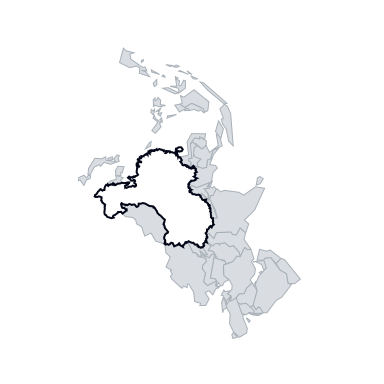 Asia, with China highlighted, rotated 215°
{"feature_id": "CHN", "entity_name": "China", "entity_type": "country or territory", "adm_level": 0, "iso_a3": "CHN", "parent_name": "Asia", "parent_adm1": "", "projection": "albers", "projection_center": [106.815, 35.887], "detail": "fine", "context": "in_parent", "style": "outline", "palette": "ink", "viewbox_px": 384, "rotation_deg": 215, "n_neighbors": 45, "source": "natural_earth", "source_scale": "50m", "svg_char_len": 17940}
<svg xmlns="http://www.w3.org/2000/svg" viewBox="0 0 384 384"><g transform="rotate(215 192 192)"><path d="M184.3,133.6L181.0,135.1L179.1,138.7L175.7,137.0L173.2,141.5L168.2,141.9L168.6,147.0L166.9,148.9L156.2,142.9L154.2,144.5L150.1,142.5L143.2,145.9L140.2,143.1L141.1,138.0L139.7,135.2L134.4,133.4L130.9,125.2L125.8,124.3L120.9,133.2L119.0,128.9L115.5,128.6L117.0,126.2L116.0,119.7L121.4,120.9L123.6,117.1L116.7,114.3L115.7,107.0L120.5,103.5L121.1,105.8L127.0,103.8L133.0,110.7L141.9,114.9L142.9,113.9L141.2,111.0L145.1,109.9L144.8,107.7L145.8,107.3L158.8,109.1L161.4,110.7L160.9,113.4L164.5,114.9L163.9,116.3L170.2,115.6L172.6,126.3L178.4,127.2L184.3,133.6Z" fill="#d9dde1" stroke="#a8b0b8" stroke-width="1"/><path d="M120.9,133.2L125.8,124.3L130.9,125.2L134.4,133.4L139.7,135.2L141.1,138.0L140.2,143.1L142.5,145.6L149.2,143.5L147.5,145.0L151.8,148.5L148.7,149.6L146.5,148.5L147.4,146.6L144.6,146.3L141.9,148.8L140.3,148.0L140.2,152.2L138.0,154.4L127.5,132.2L122.9,134.3L120.9,133.2Z" fill="#d9dde1" stroke="#a8b0b8" stroke-width="1"/><path d="M325.6,256.5L330.7,270.5L327.3,269.8L319.5,272.7L322.0,269.3L318.4,265.8L304.0,265.7L302.2,267.5L298.4,265.4L303.2,262.7L298.8,263.9L292.8,262.2L303.2,259.1L305.8,263.3L309.4,263.7L314.3,258.1L325.6,256.5ZM279.0,283.9L277.8,286.9L274.6,287.7L276.0,285.3L279.0,283.9ZM307.7,272.6L307.0,271.1L307.7,269.2L308.9,270.7L307.7,272.6ZM252.4,256.9L250.9,259.3L256.7,264.3L253.0,265.0L249.0,276.9L229.9,275.6L225.7,267.7L227.8,263.8L230.5,266.7L240.6,265.1L243.1,264.4L246.3,257.1L252.4,256.9ZM286.0,269.7L293.8,267.2L295.4,268.7L286.0,269.7ZM282.9,271.3L280.7,271.3L279.9,270.5L283.0,269.7L282.9,271.3ZM283.3,256.7L286.1,258.7L285.4,263.9L282.3,259.8L283.3,256.7ZM262.3,262.6L275.5,260.2L271.3,263.8L260.5,265.5L260.3,267.3L263.4,269.0L270.6,266.0L265.3,269.9L271.8,277.0L268.8,277.3L270.1,275.2L266.2,276.1L263.9,271.8L261.9,272.8L263.1,278.7L261.1,279.3L257.0,273.2L259.4,265.8L262.3,262.6ZM265.6,288.5L259.5,288.3L262.5,287.5L265.6,288.5ZM262.5,286.3L269.2,284.6L272.0,283.3L271.7,284.6L262.5,286.3ZM255.6,285.5L259.8,286.4L252.0,288.0L255.6,285.5ZM216.5,282.6L238.0,284.4L248.4,286.9L244.7,288.0L214.3,284.7L216.5,282.6ZM208.4,270.3L216.8,276.0L215.8,282.5L212.2,282.5L205.4,278.5L184.7,253.4L191.2,254.7L200.1,263.2L205.7,265.2L209.8,268.4L208.4,270.3Z" fill="#d9dde1" stroke="#a8b0b8" stroke-width="1"/><path d="M279.6,284.9L282.0,282.3L286.5,281.3L279.6,284.9Z" fill="#d9dde1" stroke="#a8b0b8" stroke-width="1"/><path d="M73.0,127.0L69.0,128.7L64.6,133.5L66.6,129.0L71.5,126.3L73.0,127.0Z" fill="#d9dde1" stroke="#a8b0b8" stroke-width="1"/><path d="M76.1,126.2L71.5,126.3L76.5,125.1L76.1,126.2Z" fill="#d9dde1" stroke="#a8b0b8" stroke-width="1"/><path d="M71.0,128.4L68.0,129.7L70.6,127.6L71.0,128.4Z" fill="#d9dde1" stroke="#a8b0b8" stroke-width="1"/><path d="M71.0,128.4L78.3,131.0L76.9,134.2L71.9,132.5L71.9,136.1L66.1,135.9L64.6,133.5L71.0,128.4Z" fill="#d9dde1" stroke="#a8b0b8" stroke-width="1"/><path d="M88.4,169.1L93.4,172.5L100.4,171.4L93.3,177.6L87.5,172.5L88.4,169.1Z" fill="#d9dde1" stroke="#a8b0b8" stroke-width="1"/><path d="M87.5,166.9L88.4,165.1L90.5,164.3L89.8,166.8L87.5,166.9Z" fill="#d9dde1" stroke="#a8b0b8" stroke-width="1"/><path d="M88.4,150.0L88.3,154.9L85.5,151.2L88.4,150.0Z" fill="#d9dde1" stroke="#a8b0b8" stroke-width="1"/><path d="M76.9,134.2L78.3,131.0L84.0,131.8L87.8,127.9L92.1,127.5L95.1,130.5L95.0,135.6L91.1,138.6L92.2,144.5L90.7,152.0L82.0,148.5L76.9,134.2Z" fill="#d9dde1" stroke="#a8b0b8" stroke-width="1"/><path d="M94.1,177.3L99.6,173.5L103.8,183.8L96.7,186.4L94.8,189.3L81.1,188.6L81.9,181.7L90.0,183.4L94.1,179.6L94.1,177.3ZM101.7,170.3L100.4,170.4L101.5,169.9L101.7,170.3Z" fill="#d9dde1" stroke="#a8b0b8" stroke-width="1"/><path d="M207.1,238.1L208.5,232.8L216.9,233.9L218.2,232.1L221.3,234.8L220.9,238.0L216.2,239.9L217.4,241.5L209.6,242.2L207.1,238.1Z" fill="#d9dde1" stroke="#a8b0b8" stroke-width="1"/><path d="M214.6,232.9L208.5,232.8L207.1,238.1L200.4,234.5L197.1,245.1L205.2,253.2L202.2,254.4L193.8,247.1L198.7,238.4L195.5,229.7L197.6,227.0L194.1,220.7L196.7,217.5L201.7,216.0L204.5,218.7L203.7,223.9L209.5,222.0L213.4,224.5L215.7,229.5L214.6,232.9Z" fill="#d9dde1" stroke="#a8b0b8" stroke-width="1"/><path d="M220.6,233.1L214.6,232.9L215.7,229.5L211.4,222.3L203.7,223.9L204.5,218.7L201.7,216.0L206.1,214.2L205.9,211.1L209.7,215.4L212.9,215.6L213.8,217.9L211.4,219.5L220.4,228.6L220.6,233.1Z" fill="#d9dde1" stroke="#a8b0b8" stroke-width="1"/><path d="M201.7,216.0L196.7,217.5L194.1,220.7L197.6,227.0L195.5,229.7L198.7,238.4L195.3,243.2L195.9,235.0L193.1,224.6L188.0,227.3L184.9,226.1L186.0,220.4L181.9,211.0L190.7,198.1L195.7,197.2L196.5,194.0L199.5,196.4L196.0,206.0L198.7,205.8L200.7,209.0L199.7,211.2L204.6,212.3L201.7,216.0Z" fill="#d9dde1" stroke="#a8b0b8" stroke-width="1"/><path d="M211.9,242.7L217.4,241.5L216.2,239.9L220.9,238.0L221.1,230.5L211.4,219.5L213.8,217.9L212.9,215.6L209.7,215.4L207.2,210.7L215.3,208.6L222.2,213.5L216.0,220.2L224.7,230.2L225.8,239.6L214.2,247.5L211.9,242.7Z" fill="#d9dde1" stroke="#a8b0b8" stroke-width="1"/><path d="M265.9,150.1L265.0,154.7L261.4,158.7L263.6,162.2L256.5,164.3L257.2,160.6L254.7,159.5L256.0,157.4L258.9,153.4L261.7,153.8L261.1,152.4L264.3,148.9L265.9,150.1Z" fill="#d9dde1" stroke="#a8b0b8" stroke-width="1"/><path d="M259.7,164.7L263.7,161.5L267.1,165.9L267.4,170.7L262.2,173.8L260.2,167.6L261.6,166.8L259.7,164.7Z" fill="#d9dde1" stroke="#a8b0b8" stroke-width="1"/><path d="M185.0,133.5L193.5,130.9L202.0,134.8L205.4,128.8L213.5,134.6L219.2,134.1L222.0,136.8L226.0,137.1L232.4,133.7L236.6,134.3L235.4,140.3L239.6,139.0L243.0,141.4L231.8,148.7L228.7,148.0L227.8,149.9L228.8,151.8L226.1,154.3L215.3,157.9L207.2,154.7L198.4,153.8L196.8,149.4L188.9,145.4L189.7,141.0L185.0,133.5Z" fill="#d9dde1" stroke="#a8b0b8" stroke-width="1"/><path d="M196.5,194.0L195.7,197.2L190.7,198.1L183.1,209.6L182.4,205.1L181.0,206.7L179.9,205.1L183.5,201.6L177.6,199.8L174.9,196.1L173.7,197.7L175.2,199.5L172.8,201.1L174.2,202.1L173.4,209.0L168.5,208.6L166.5,211.9L153.3,218.7L147.9,219.1L142.9,232.7L134.7,236.7L130.4,213.5L132.9,199.1L127.2,198.4L124.6,189.2L131.9,190.1L131.0,182.1L134.5,180.4L137.0,181.5L148.6,172.8L147.2,166.3L154.1,167.5L156.8,165.9L158.1,169.7L155.6,177.1L159.9,182.1L156.6,185.2L163.0,191.0L173.7,195.9L176.1,191.7L175.9,194.4L177.9,195.8L183.4,196.4L183.0,193.7L194.0,190.5L194.0,193.4L196.5,194.0Z" fill="#d9dde1" stroke="#a8b0b8" stroke-width="1"/><path d="M182.4,205.1L181.8,213.2L180.2,207.2L177.9,206.7L176.9,209.2L173.9,208.1L172.8,201.1L175.2,199.5L173.7,197.7L174.9,196.1L177.6,199.8L183.5,201.6L179.9,205.1L181.0,206.7L182.4,205.1Z" fill="#d9dde1" stroke="#a8b0b8" stroke-width="1"/><path d="M183.0,193.7L183.4,196.4L175.9,194.4L179.3,191.7L183.0,193.7Z" fill="#d9dde1" stroke="#a8b0b8" stroke-width="1"/><path d="M174.6,192.0L173.7,195.9L171.7,195.6L156.6,185.2L161.0,181.7L169.4,190.0L174.6,192.0Z" fill="#d9dde1" stroke="#a8b0b8" stroke-width="1"/><path d="M156.8,165.9L154.1,167.5L147.2,166.3L148.6,172.8L137.0,181.5L134.5,180.4L131.0,182.1L131.9,190.1L124.6,189.2L122.3,183.1L111.0,178.9L113.2,176.5L117.0,176.7L115.4,166.5L118.4,169.5L127.1,171.7L129.9,168.6L135.6,169.2L145.4,159.1L152.6,159.8L153.7,163.8L156.8,165.9Z" fill="#d9dde1" stroke="#a8b0b8" stroke-width="1"/><path d="M131.9,151.9L140.7,155.4L145.2,153.2L145.6,158.5L149.1,157.6L152.6,159.8L143.8,159.8L143.6,162.5L140.9,165.0L139.0,164.2L139.2,166.2L135.6,169.2L129.9,168.6L127.1,171.7L118.4,169.5L115.4,166.5L118.4,165.2L118.6,158.3L123.3,152.3L126.5,154.6L131.9,151.9Z" fill="#d9dde1" stroke="#a8b0b8" stroke-width="1"/><path d="M138.0,154.4L140.2,152.2L140.3,148.0L147.4,146.6L147.3,148.8L143.7,149.5L151.7,152.7L152.5,158.9L145.6,158.5L145.2,153.2L140.7,155.4L138.0,154.4Z" fill="#d9dde1" stroke="#a8b0b8" stroke-width="1"/><path d="M149.2,143.5L154.2,144.5L156.2,142.9L166.9,148.9L151.7,152.7L143.7,149.5L144.4,148.1L151.8,148.5L147.5,145.0L149.2,143.5Z" fill="#d9dde1" stroke="#a8b0b8" stroke-width="1"/><path d="M115.5,128.6L119.0,128.9L119.9,132.9L122.9,134.3L127.5,132.2L136.4,151.2L135.7,152.7L134.5,151.3L124.8,154.2L123.3,152.3L124.2,150.1L119.0,142.6L111.5,141.1L113.9,136.8L113.3,133.0L114.9,131.2L118.2,132.9L118.1,129.0L115.1,130.5L115.5,128.6Z" fill="#d9dde1" stroke="#a8b0b8" stroke-width="1"/><path d="M90.7,152.0L92.2,144.5L91.1,138.6L95.0,135.6L95.5,128.0L97.7,124.6L100.0,128.6L104.6,128.9L103.5,134.9L105.4,138.4L111.0,141.5L117.8,141.7L124.2,150.1L118.6,158.3L118.4,165.2L115.4,166.5L117.0,176.7L113.2,176.5L111.0,178.9L102.9,172.7L103.6,169.2L96.0,165.5L93.5,160.5L94.0,153.4L90.7,152.0Z" fill="#d9dde1" stroke="#a8b0b8" stroke-width="1"/><path d="M71.8,128.0L76.1,126.2L77.1,122.6L81.0,120.8L91.1,127.3L87.8,127.9L84.0,131.8L73.0,130.5L71.8,128.0Z" fill="#d9dde1" stroke="#a8b0b8" stroke-width="1"/><path d="M100.7,129.0L98.3,122.2L99.5,120.2L102.3,123.2L100.7,129.0Z" fill="#d9dde1" stroke="#a8b0b8" stroke-width="1"/><path d="M95.1,130.5L81.0,120.8L78.2,122.1L79.7,120.3L77.7,118.0L68.5,112.0L66.4,107.8L69.8,100.2L77.7,101.2L85.5,105.5L90.9,114.1L98.8,118.0L99.3,124.8L97.7,124.6L95.1,130.5ZM74.5,95.5L77.5,97.9L77.5,100.7L71.5,99.1L74.5,95.5Z" fill="#d9dde1" stroke="#a8b0b8" stroke-width="1"/><path d="M146.4,241.1L145.3,243.6L141.3,243.8L140.9,237.9L143.3,234.3L146.4,241.1Z" fill="#d9dde1" stroke="#a8b0b8" stroke-width="1"/><path d="M255.0,200.6L255.2,207.5L254.5,209.9L252.3,205.8L255.0,200.6Z" fill="#d9dde1" stroke="#a8b0b8" stroke-width="1"/><path d="M105.4,121.8L106.6,125.0L108.9,124.3L109.7,130.0L108.1,129.2L104.1,132.8L104.6,128.9L100.7,129.0L101.0,125.3L102.1,121.5L104.3,123.7L105.4,121.8ZM100.0,128.6L99.1,127.5L99.3,124.8L100.5,126.5L100.0,128.6Z" fill="#d9dde1" stroke="#a8b0b8" stroke-width="1"/><path d="M97.7,110.7L104.9,119.3L104.7,123.6L97.0,116.8L98.7,114.2L97.7,110.7Z" fill="#d9dde1" stroke="#a8b0b8" stroke-width="1"/><path d="M259.5,235.4L256.5,232.5L259.9,233.0L259.5,235.4ZM265.7,242.7L264.8,238.0L266.1,239.4L267.8,236.6L265.7,242.7ZM272.2,239.6L276.7,245.4L276.1,247.9L274.6,245.6L273.5,247.1L274.1,250.0L270.4,249.2L267.9,245.4L263.3,247.8L267.2,243.3L272.7,241.5L272.2,239.6ZM255.7,240.2L249.1,246.6L254.9,238.2L255.7,240.2ZM260.1,219.2L260.0,229.7L266.3,230.1L267.2,233.3L263.6,231.2L257.2,231.4L257.9,229.5L254.7,227.6L255.7,219.1L260.1,219.2ZM262.3,239.6L261.4,235.9L265.0,236.2L262.3,239.6ZM271.3,233.5L272.6,236.2L270.3,235.9L270.3,239.0L267.7,233.1L271.3,233.5Z" fill="#d9dde1" stroke="#a8b0b8" stroke-width="1"/><path d="M199.1,252.3L207.5,255.1L211.1,265.6L202.5,261.7L199.1,252.3ZM252.4,256.9L246.3,257.1L243.1,264.4L230.5,266.7L228.3,265.4L227.8,263.8L232.4,264.1L232.9,262.0L237.8,260.7L241.2,257.0L244.7,257.2L248.2,250.3L255.9,253.3L252.4,256.9Z" fill="#d9dde1" stroke="#a8b0b8" stroke-width="1"/><path d="M244.8,254.4L244.7,257.2L242.7,258.1L241.2,257.0L244.8,254.4Z" fill="#d9dde1" stroke="#a8b0b8" stroke-width="1"/><path d="M290.3,152.1L290.9,163.9L285.0,167.4L282.9,171.3L280.5,168.7L272.3,173.0L275.0,174.4L274.7,179.4L272.2,180.1L272.1,177.5L269.2,175.4L274.7,167.9L281.0,165.9L281.7,160.5L283.5,161.3L286.4,156.3L285.4,147.9L287.3,146.7L290.3,152.1ZM290.7,137.7L291.5,136.1L293.1,138.8L290.1,143.8L286.5,143.1L286.5,146.3L284.4,147.1L283.2,144.6L285.4,141.4L284.4,135.4L290.7,137.7ZM275.5,173.4L278.2,170.1L280.4,171.1L277.5,175.1L275.5,173.4Z" fill="#d9dde1" stroke="#a8b0b8" stroke-width="1"/><path d="M81.9,181.7L81.1,188.6L77.5,189.7L53.3,182.8L55.3,175.9L60.8,172.1L67.7,179.1L74.9,178.5L81.9,181.7Z" fill="#d9dde1" stroke="#a8b0b8" stroke-width="1"/><path d="M64.4,133.9L70.1,136.4L71.9,136.1L71.9,132.5L76.9,134.2L82.0,148.5L87.1,152.6L89.0,161.5L87.5,172.5L94.1,177.3L94.1,179.6L90.0,183.4L74.9,178.5L67.7,179.1L60.8,172.1L57.5,173.8L58.1,157.4L60.9,151.3L61.4,136.1L64.4,133.9Z" fill="#d9dde1" stroke="#a8b0b8" stroke-width="1"/><path d="M75.4,120.1L70.7,120.1L70.5,117.9L75.4,120.1Z" fill="#d9dde1" stroke="#a8b0b8" stroke-width="1"/><path d="M222.0,213.6L221.5,213.2L220.4,213.3L219.4,212.5L218.6,212.3L218.4,210.9L218.9,210.2L217.3,209.6L216.6,209.7L215.2,208.6L214.1,209.1L213.7,210.0L212.8,210.3L212.3,210.0L211.7,210.7L210.9,210.0L210.6,210.5L210.1,210.0L209.3,210.9L208.0,210.0L207.1,211.0L206.1,210.6L205.6,211.2L206.1,212.4L205.9,214.2L204.7,214.0L204.4,212.5L203.1,213.2L201.9,213.1L201.5,211.6L199.6,211.1L200.6,209.0L199.0,208.2L198.7,206.3L199.2,205.7L197.6,205.6L195.9,206.0L196.4,205.2L196.0,204.0L196.6,203.4L196.9,202.4L199.1,200.9L198.9,200.3L199.2,200.0L199.5,198.6L199.5,196.2L199.0,195.9L198.6,196.2L198.3,194.5L197.3,193.5L197.0,193.4L196.5,194.2L194.8,193.3L194.1,193.4L194.9,192.5L194.6,191.7L193.9,191.9L193.9,191.5L194.5,191.1L193.8,190.5L192.1,191.4L190.4,190.5L188.2,191.8L187.0,191.9L185.4,193.2L185.3,193.6L183.6,193.9L182.8,193.7L182.9,193.3L182.1,192.7L181.5,192.9L179.0,191.6L177.9,192.1L176.1,193.9L175.9,193.2L176.3,191.9L175.9,191.6L173.4,191.9L172.3,191.7L171.2,190.7L170.6,191.1L170.1,190.4L169.6,190.9L169.1,189.8L167.8,189.4L168.1,188.7L167.2,188.6L166.1,187.3L166.0,186.4L164.8,186.2L164.1,184.8L162.3,183.1L162.1,182.3L160.7,181.9L159.8,182.5L159.1,181.3L158.1,180.5L158.2,179.9L156.7,178.7L156.3,177.6L155.5,177.7L155.9,175.9L155.6,174.2L156.3,174.2L156.6,175.0L157.4,174.8L157.7,172.9L157.3,171.8L157.5,170.4L158.2,169.8L157.1,168.4L157.0,166.7L157.2,166.1L155.3,165.3L154.5,164.5L154.4,164.0L153.6,164.0L153.2,163.2L153.7,162.3L153.6,161.5L152.8,161.0L152.8,160.5L151.1,159.3L152.8,159.1L152.5,158.4L153.1,156.2L152.2,155.2L151.6,155.3L151.2,155.0L151.7,152.7L152.3,152.5L152.4,151.9L152.9,151.3L154.8,151.1L154.9,150.7L156.4,150.8L156.4,151.7L157.7,152.0L159.4,150.6L161.8,151.2L162.5,150.5L163.4,150.2L166.6,149.7L166.9,148.0L167.8,147.7L167.6,147.1L168.5,147.0L168.3,144.3L168.7,143.1L169.0,142.7L168.0,141.9L171.7,141.6L172.0,142.2L173.1,142.6L173.4,141.8L173.0,141.2L175.4,137.3L177.0,138.3L178.2,138.6L178.3,139.0L179.7,138.7L180.1,138.2L180.3,136.4L180.8,135.4L182.5,135.2L183.4,133.8L185.0,133.9L185.1,134.4L184.8,134.6L185.2,135.2L185.0,135.6L185.9,136.2L185.9,136.7L186.7,137.4L187.5,137.5L188.8,138.7L189.6,141.9L189.3,142.7L189.3,143.3L188.5,144.6L188.7,145.6L193.6,147.0L195.7,148.9L196.9,149.3L196.8,149.9L197.1,150.2L197.6,152.1L198.5,153.8L200.1,153.8L204.5,154.7L205.5,154.5L208.5,155.1L209.8,156.2L211.6,156.7L212.8,157.5L214.4,157.2L214.4,157.8L215.4,158.0L218.9,156.1L224.0,155.6L226.1,154.6L227.2,153.0L229.0,151.9L227.9,150.1L228.2,148.8L228.7,148.1L229.7,148.1L230.3,148.5L232.0,148.8L232.9,148.1L233.8,146.9L235.9,146.5L236.8,145.7L237.3,144.1L238.7,143.8L238.9,143.1L239.4,143.3L241.4,142.4L242.4,142.6L243.3,142.4L243.3,141.8L242.9,141.1L240.4,139.1L239.1,139.3L238.4,140.2L237.2,139.8L236.3,139.9L235.7,140.4L235.2,139.9L234.9,139.3L235.4,138.9L235.4,138.0L236.6,134.5L238.8,135.1L239.7,134.1L241.1,133.3L241.1,132.7L240.8,132.4L241.9,129.1L242.9,127.6L242.6,126.4L241.5,126.1L242.9,124.4L247.1,123.0L249.3,123.8L249.7,123.5L250.8,123.7L252.3,125.3L253.9,128.4L254.8,129.3L255.0,130.2L255.6,130.5L255.7,131.6L256.6,132.0L257.8,131.7L258.6,132.1L259.4,131.9L260.9,133.0L261.5,132.9L261.7,133.6L262.3,134.2L262.4,135.0L263.1,135.8L265.7,135.1L266.6,133.7L268.4,132.5L269.2,132.6L269.2,133.2L269.7,134.0L269.0,135.3L269.2,138.3L268.9,139.4L268.9,140.2L268.6,140.6L268.7,141.6L268.4,142.0L266.2,141.7L265.7,142.8L264.9,143.4L266.0,145.3L266.4,147.2L266.4,148.6L265.3,149.4L265.6,149.6L265.6,149.8L264.9,149.4L264.8,149.0L264.1,148.9L264.0,150.4L263.3,150.7L262.8,151.9L261.1,152.4L261.8,153.3L261.7,154.0L259.7,154.0L259.1,153.4L258.7,153.7L257.7,156.2L255.7,157.8L254.7,159.5L253.5,159.8L252.0,160.9L250.4,162.7L249.8,162.9L249.8,163.3L248.9,163.8L248.7,163.3L249.8,162.6L249.6,162.3L250.0,161.8L248.9,162.0L248.8,161.5L249.3,161.2L249.2,160.6L249.7,160.3L250.4,158.6L249.3,157.4L249.2,157.8L248.0,157.8L246.9,159.9L244.9,161.5L244.2,163.2L242.8,163.7L242.3,163.3L241.8,163.6L241.4,164.9L241.7,165.6L242.5,166.2L244.5,166.3L245.0,167.2L244.8,168.3L245.6,168.8L246.6,168.6L247.4,167.0L248.4,166.4L250.4,167.2L251.2,166.9L252.6,167.0L252.3,168.0L252.5,168.3L252.1,168.7L251.2,168.5L249.5,169.7L249.0,169.7L249.2,170.2L248.9,170.4L248.8,171.2L248.3,171.4L248.1,171.0L247.8,171.1L247.6,171.4L248.1,171.7L246.5,173.8L246.1,175.1L248.7,176.4L250.5,179.7L250.6,180.7L251.8,181.2L252.2,181.9L253.1,182.5L253.3,183.0L253.1,183.0L252.1,182.7L251.2,182.8L250.1,182.3L249.1,182.9L250.6,182.6L250.8,183.0L253.0,184.1L253.5,184.8L253.6,185.1L252.6,185.6L251.6,186.9L250.6,187.1L250.0,187.5L250.7,187.3L251.1,187.7L252.5,187.0L253.6,187.8L254.5,187.9L253.4,189.2L254.2,188.7L254.4,189.0L254.5,190.0L254.0,189.7L253.4,190.2L254.0,190.6L253.7,190.7L254.0,190.9L253.6,191.5L254.1,192.4L253.3,192.7L253.0,192.5L252.7,193.3L252.2,193.5L252.4,193.8L252.0,194.7L252.1,195.2L251.0,197.5L250.6,197.6L250.4,197.0L250.2,197.3L249.9,197.2L250.7,198.3L249.8,199.2L249.0,199.2L249.5,199.6L250.2,199.3L250.4,201.0L249.3,201.0L249.7,201.5L248.9,201.7L248.9,202.5L248.2,202.8L248.3,203.4L246.9,203.5L246.4,204.0L247.0,204.6L246.0,205.8L245.6,205.8L245.5,206.5L245.2,206.2L244.7,206.7L244.3,206.5L243.4,208.5L241.3,209.0L241.0,209.4L240.2,209.2L239.4,209.8L238.8,209.4L238.7,210.1L237.3,210.2L236.2,209.3L236.2,208.6L235.9,208.7L235.5,209.3L236.1,210.1L236.2,211.1L235.2,211.6L235.0,211.2L234.7,212.0L233.8,212.4L233.2,211.9L233.1,212.6L232.1,212.3L231.3,213.2L229.8,213.4L228.7,214.2L228.3,213.9L227.6,215.0L228.2,215.3L228.1,215.7L228.6,216.1L228.2,216.7L227.0,216.6L227.2,216.3L226.4,215.1L227.0,213.6L226.1,213.0L226.0,213.4L225.0,213.8L224.9,213.3L224.0,213.2L223.3,212.5L223.4,213.2L222.9,213.1L222.0,213.6ZM229.6,217.5L230.0,218.4L229.1,219.4L228.6,220.9L227.6,221.7L226.2,222.4L224.0,221.6L223.9,219.5L225.5,218.2L225.2,218.2L225.4,217.9L227.8,217.4L228.9,217.6L229.0,217.1L229.6,217.5ZM253.4,183.6L252.6,183.5L251.8,182.9L252.4,183.0L253.4,183.6ZM255.0,187.6L254.4,187.6L254.2,187.2L254.9,187.3L255.0,187.6ZM250.9,200.4L250.6,200.9L250.6,200.3L250.9,200.4ZM228.0,214.8L228.6,214.6L228.5,214.9L228.0,214.8Z" fill="none" stroke="#020617" stroke-width="2"/></g></svg>